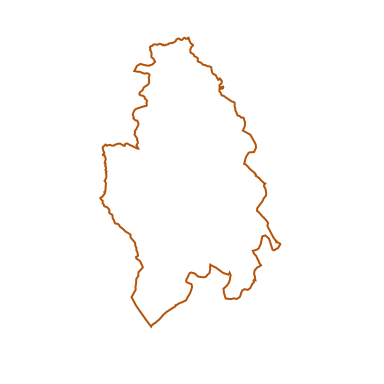 Irumu, Orientale, Democratic Republic of the Congo, rotated 114°
{"feature_id": "63176286B75372177576839", "entity_name": "Irumu", "entity_type": "district", "adm_level": 2, "iso_a3": "COD", "parent_name": "Democratic Republic of the Congo", "parent_adm1": "Orientale", "projection": "albers", "projection_center": [29.863, 1.267], "detail": "fine", "context": "isolated", "style": "outline", "palette": "amber", "viewbox_px": 384, "rotation_deg": 114, "n_neighbors": 0, "source": "geoboundaries", "source_scale": "gbopen_adm2", "svg_char_len": 5884}
<svg xmlns="http://www.w3.org/2000/svg" viewBox="0 0 384 384"><g transform="rotate(114 192 192)"><path d="M267.5,123.9L271.3,121.7L275.6,117.9L274.0,112.8L272.2,110.7L271.6,107.8L270.4,106.8L268.3,105.6L265.7,105.8L263.2,106.1L261.4,106.0L259.4,104.5L258.7,101.2L256.3,99.8L254.1,99.6L251.4,99.5L250.6,99.2L249.3,98.8L248.4,99.5L247.4,99.8L246.9,99.4L246.9,98.2L243.7,100.2L241.7,101.8L239.7,102.6L237.8,102.8L234.5,101.8L233.2,100.6L230.8,99.1L229.9,101.0L224.3,107.4L223.1,110.3L221.0,112.5L218.4,109.4L216.3,108.1L211.6,108.1L207.0,109.1L203.9,109.7L201.8,107.3L203.3,102.6L211.9,95.0L211.9,93.3L210.1,92.1L208.1,90.6L203.7,90.1L203.3,90.9L203.2,93.5L203.7,94.6L203.6,94.8L202.4,95.0L202.0,96.5L200.6,98.8L200.3,99.3L192.7,108.9L191.6,109.6L189.8,109.7L189.6,109.9L189.0,110.4L187.2,113.6L186.8,115.1L186.1,116.1L186.0,117.1L184.7,119.8L183.3,122.7L182.9,124.8L180.4,125.8L176.6,125.0L172.0,123.9L168.9,123.9L164.9,122.9L162.1,124.2L159.0,126.4L157.3,128.7L156.5,129.0L154.5,128.5L154.5,129.9L154.4,130.3L152.8,134.9L151.9,136.1L152.1,137.1L151.3,138.5L151.5,140.0L151.2,140.4L149.9,140.9L149.8,142.0L149.1,142.4L147.4,148.7L145.8,151.8L145.0,154.3L145.0,155.2L145.1,155.8L138.9,156.8L136.3,156.8L135.7,156.4L134.3,156.5L132.8,155.9L132.3,155.4L130.3,151.6L125.6,151.5L123.6,152.6L122.9,153.0L121.5,154.5L115.9,162.1L115.2,170.5L110.0,170.6L106.8,171.9L103.3,175.0L103.2,175.6L104.0,177.2L103.2,179.5L103.5,181.7L101.1,183.9L99.8,185.7L98.3,186.3L96.4,187.9L94.5,188.7L93.1,189.3L92.9,189.9L92.7,190.4L93.2,192.2L91.9,199.6L91.9,199.8L91.5,200.6L91.3,202.6L91.3,202.8L91.7,204.2L89.6,206.3L88.8,208.0L86.4,208.9L86.2,208.3L85.5,206.6L84.7,206.0L83.6,206.0L83.1,206.5L85.3,208.9L84.8,209.5L83.1,210.4L81.1,209.2L78.6,209.8L77.0,212.4L77.1,213.0L78.5,213.2L78.9,213.6L76.6,216.7L75.6,217.8L75.4,218.8L75.7,220.3L74.9,221.8L73.4,223.2L70.3,225.1L70.0,226.4L70.0,226.6L70.9,229.2L70.6,231.4L70.7,231.6L71.2,232.7L70.9,234.9L70.2,236.2L70.4,239.4L70.4,239.6L69.9,240.2L68.5,240.5L67.4,241.2L67.1,242.4L67.0,243.9L66.9,245.4L65.6,246.4L65.4,248.4L65.2,249.9L64.9,250.4L62.5,251.5L59.9,251.6L57.9,250.7L57.4,250.8L57.1,251.2L56.8,253.5L54.2,256.5L53.9,256.9L53.3,257.1L52.4,257.9L52.6,258.3L54.0,258.8L54.5,259.9L54.1,261.3L54.3,261.9L56.4,262.6L57.3,263.2L57.6,264.1L57.1,265.6L57.5,267.1L59.1,268.3L60.9,268.3L62.4,269.2L63.8,270.5L64.4,271.4L65.7,273.5L67.1,274.0L67.7,275.3L69.1,276.4L69.4,276.9L69.0,278.1L69.9,279.0L69.4,280.3L69.8,282.0L71.5,283.2L72.2,286.1L73.4,287.5L75.1,288.0L75.6,289.0L76.9,289.4L77.9,288.3L79.2,288.2L80.1,286.6L82.2,285.1L84.8,284.3L84.9,284.2L85.4,283.6L85.9,281.4L86.9,280.4L87.6,279.0L88.3,278.7L92.0,280.3L93.2,281.9L94.2,282.6L95.4,287.1L96.0,291.3L99.2,293.6L101.7,293.7L105.0,293.9L104.3,290.9L104.1,290.2L103.4,288.7L103.4,286.0L103.2,283.5L101.8,281.5L101.6,279.9L102.1,278.5L103.3,278.2L105.2,278.0L107.3,276.7L109.9,275.6L111.4,275.8L112.7,276.4L115.5,278.3L116.6,278.6L118.5,278.5L120.2,279.1L121.5,279.9L122.5,280.1L123.5,280.1L124.4,279.5L124.5,278.0L124.1,275.9L124.3,274.1L125.8,273.2L126.3,271.2L127.2,270.0L128.9,269.9L131.1,268.6L132.1,268.9L133.2,270.7L137.4,275.4L139.0,277.0L140.8,277.8L142.9,277.9L145.5,277.6L147.3,275.7L148.5,275.6L149.5,272.9L149.1,270.9L150.3,269.8L150.9,269.1L151.8,268.5L153.2,268.3L157.0,268.5L158.3,268.7L160.0,268.9L160.7,268.2L162.8,268.0L163.9,266.4L164.7,265.0L165.7,263.7L166.7,263.4L167.6,262.4L169.2,261.4L170.4,261.6L172.1,261.7L172.8,260.6L174.2,258.7L174.5,259.5L174.5,263.7L174.2,264.8L174.4,267.3L174.0,270.8L175.0,272.4L175.7,272.6L177.2,272.2L177.5,272.7L177.1,277.3L177.9,279.2L178.7,279.8L179.9,281.4L181.4,282.2L182.2,284.2L182.4,286.4L184.3,288.6L183.9,289.2L183.9,290.4L184.7,290.5L186.8,291.7L187.5,291.8L190.2,290.0L192.0,287.9L193.0,288.0L193.9,288.7L194.6,288.1L194.3,286.7L194.7,286.3L196.2,284.7L197.4,284.1L200.4,283.7L200.9,283.6L201.3,283.4L201.2,282.6L201.9,282.1L203.5,281.9L203.8,281.2L204.0,281.0L204.3,280.9L205.4,280.1L205.6,280.0L206.1,280.0L207.1,280.1L207.7,278.9L208.0,278.4L209.1,278.6L209.5,278.6L209.7,278.3L210.5,277.4L211.5,277.2L213.2,276.3L214.6,276.1L217.3,276.4L218.2,275.0L219.2,274.1L224.3,272.3L226.0,271.6L226.4,271.6L227.3,271.5L227.6,271.8L227.8,272.0L228.6,271.1L229.1,271.1L229.6,271.2L229.9,271.2L231.3,271.8L231.6,271.9L232.9,272.0L233.5,272.5L234.6,273.3L235.5,272.5L236.6,269.8L238.1,269.4L238.8,268.9L239.3,267.5L240.3,266.9L240.7,266.0L240.4,264.1L240.6,262.8L241.7,260.6L242.8,259.7L244.0,259.6L244.5,259.2L245.1,258.1L245.2,255.7L245.8,255.1L247.9,254.0L248.7,253.3L249.4,252.0L251.6,250.0L252.0,248.9L251.2,246.7L251.9,245.1L252.3,244.7L253.1,243.3L253.9,239.8L254.5,238.2L255.2,236.4L255.2,236.1L255.7,231.7L256.1,230.7L256.5,230.4L257.6,230.3L258.6,229.4L261.5,223.4L264.4,221.7L265.6,220.1L267.9,219.1L269.1,217.4L269.6,217.1L270.7,216.5L271.9,215.4L272.7,215.5L274.0,216.6L274.6,216.5L275.4,215.7L276.2,211.4L280.2,206.8L281.1,206.2L286.7,208.2L288.0,208.0L288.7,207.7L289.9,207.2L290.7,206.8L292.2,207.2L293.0,207.4L294.2,207.5L298.8,205.7L301.4,205.2L303.6,204.0L304.5,203.7L310.7,204.3L312.6,204.5L318.9,196.4L322.9,189.7L327.0,182.8L331.6,174.6L330.4,174.6L327.6,173.2L326.5,172.2L323.5,171.0L322.4,170.3L319.7,169.4L318.1,168.9L315.6,168.2L313.6,167.2L311.8,166.4L309.9,165.1L308.8,164.5L307.8,163.7L306.6,163.0L305.7,162.5L305.0,161.8L303.6,160.9L302.1,161.0L301.7,160.1L299.6,159.0L297.7,157.3L296.3,155.7L294.7,154.6L293.6,153.4L289.7,153.2L285.6,152.6L284.3,152.7L282.3,152.8L278.6,153.3L276.4,155.0L276.6,158.6L276.4,160.7L274.6,161.5L269.7,161.2L267.2,161.2L265.9,160.0L265.3,156.4L266.8,152.1L265.3,146.8L263.7,144.7L262.7,144.5L261.4,144.2L260.1,143.6L258.5,143.0L256.8,143.7L255.1,143.9L253.3,145.0L250.9,145.7L251.3,143.3L251.3,141.4L251.4,139.0L253.3,130.6L252.7,125.2L251.1,124.8L250.5,124.8L252.3,122.8L253.9,122.5L257.1,121.6L260.9,121.5L264.1,122.3L267.5,123.9Z" fill="none" stroke="#b45309" stroke-width="2"/></g></svg>